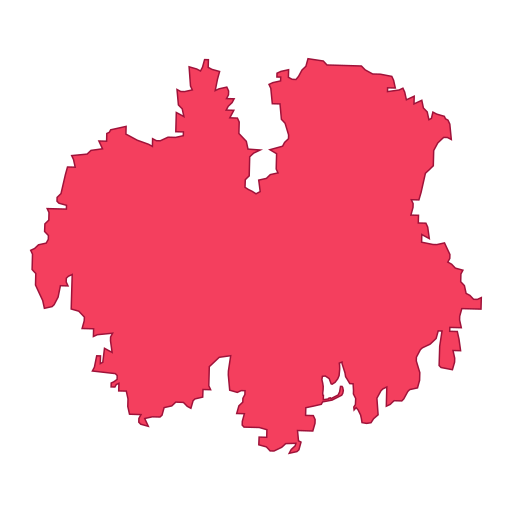 the district of Utsira nor, Norway
{"feature_id": "86288312B95647148503835", "entity_name": "Utsira nor", "entity_type": "district", "adm_level": 2, "iso_a3": "NOR", "parent_name": "Norway", "parent_adm1": "", "projection": "albers", "projection_center": [4.885, 59.307], "detail": "fine", "context": "isolated", "style": "filled", "palette": "rose", "viewbox_px": 512, "rotation_deg": 0, "n_neighbors": 0, "source": "geoboundaries", "source_scale": "gbopen_adm2", "svg_char_len": 5416}
<svg xmlns="http://www.w3.org/2000/svg" viewBox="0 0 512 512"><path d="M208.2,67.4L208.4,59.7L204.6,59.6L202.5,67.2L200.5,71.0L196.7,69.0L189.1,66.8L190.5,86.0L192.3,89.9L184.6,91.6L180.7,91.5L177.0,89.5L178.4,104.9L180.3,106.9L182.2,108.8L183.9,116.6L180.1,114.5L176.3,112.5L175.8,131.7L183.4,131.9L183.3,135.7L175.6,137.4L171.8,137.3L168.0,137.2L160.2,140.8L156.4,140.7L152.6,138.7L152.4,146.4L148.6,144.3L137.2,140.2L129.7,136.1L125.9,134.1L126.1,126.4L118.4,128.1L110.7,129.8L109.3,132.3L106.8,133.5L106.6,141.2L98.9,141.0L100.7,144.9L102.5,148.8L91.0,150.4L87.1,154.1L71.7,155.6L73.5,159.5L75.2,167.2L67.5,167.0L65.4,174.6L61.0,193.6L57.1,197.4L57.0,201.2L58.9,203.2L66.5,205.3L66.4,209.1L47.2,208.6L49.0,212.5L48.8,220.1L44.9,223.9L44.6,231.5L46.5,233.5L48.4,235.5L48.3,239.3L46.2,243.1L38.5,244.8L34.6,248.5L30.7,250.3L32.5,254.2L32.2,265.7L32.1,269.5L33.9,271.5L35.8,273.5L35.6,281.2L35.5,285.0L39.1,292.8L42.7,300.5L44.4,308.3L52.1,306.6L54.1,304.7L58.1,297.1L60.4,285.7L68.0,285.9L66.2,282.0L66.3,278.2L68.3,276.3L72.2,274.5L71.2,309.0L78.8,311.2L80.6,313.1L82.5,315.1L84.4,317.1L84.2,320.9L82.1,328.5L93.6,328.8L93.4,336.5L97.3,334.7L112.6,333.2L110.6,337.0L110.5,340.8L112.1,352.4L108.3,350.4L104.5,348.3L102.8,362.3L100.3,363.6L100.5,355.9L96.7,355.8L94.4,367.2L92.4,371.0L115.3,373.6L117.2,375.5L117.1,379.4L113.8,381.8L111.2,383.0L111.1,386.9L114.9,387.0L116.3,384.5L118.9,383.3L118.7,390.9L126.3,391.1L128.0,398.9L127.9,402.7L127.8,406.5L129.5,414.2L141.0,414.6L138.9,418.4L138.8,422.2L140.7,424.2L148.3,426.3L146.5,422.4L144.7,418.5L152.4,416.8L156.2,416.9L160.0,417.0L162.0,415.2L164.1,407.6L171.8,405.9L173.8,404.0L175.8,402.1L183.4,402.4L185.3,404.3L187.2,406.3L190.9,408.3L193.1,400.7L195.0,398.9L202.7,397.1L203.0,389.5L210.6,389.7L208.8,385.8L209.0,378.1L209.1,374.3L209.3,366.6L211.3,364.8L213.3,362.9L215.2,361.1L217.2,359.2L219.2,357.3L230.7,355.7L228.4,371.0L228.3,374.9L229.7,390.2L237.3,392.4L241.2,390.6L245.0,390.7L244.9,394.5L242.9,398.3L242.8,402.1L238.9,405.8L236.7,413.5L244.4,413.7L242.3,421.3L242.2,425.1L244.0,427.1L251.7,427.3L259.3,427.5L266.9,429.7L266.7,437.3L259.1,437.1L258.8,444.8L266.4,446.9L268.3,448.9L270.1,450.9L274.0,451.0L281.7,447.3L283.7,445.5L285.7,443.6L295.9,443.3L295.2,445.8L291.2,449.5L289.2,453.3L296.9,451.6L298.9,449.8L301.0,442.1L298.5,440.8L297.5,430.5L312.8,431.0L315.0,423.3L315.1,419.5L313.3,415.6L305.6,415.4L305.8,407.7L313.5,406.1L321.3,404.3L322.6,401.9L332.1,400.1L341.7,395.2L342.8,393.2L343.3,390.5L342.7,387.5L342.0,386.4L340.5,386.4L339.6,391.9L338.1,395.0L331.0,398.6L330.3,397.8L328.6,398.3L328.2,399.0L323.3,399.7L323.4,395.4L322.9,395.3L322.7,393.1L323.1,389.7L323.2,386.4L322.7,383.1L321.9,379.6L322.4,376.3L325.3,376.0L329.2,378.6L331.1,383.8L332.1,384.2L335.0,382.4L337.7,378.9L339.1,375.6L339.7,369.1L339.6,365.5L339.3,363.1L342.0,362.1L342.1,363.7L345.0,372.9L345.6,376.7L347.6,379.9L349.8,383.6L353.1,383.8L353.5,390.3L353.4,393.9L355.7,398.5L355.4,404.6L353.8,407.0L354.1,409.9L356.1,407.6L358.1,409.9L360.6,415.0L361.4,418.7L362.0,422.6L366.6,423.4L371.0,422.7L373.6,418.7L378.1,414.8L376.9,398.2L381.0,390.7L383.0,388.8L386.8,387.0L386.3,406.2L390.2,404.4L392.1,402.5L394.1,400.7L397.9,400.8L401.8,400.9L403.7,399.0L407.8,391.5L409.7,389.6L417.5,387.9L419.6,380.3L419.8,372.6L416.3,361.0L416.4,357.2L420.4,349.6L422.4,347.8L430.2,344.1L432.1,342.3L434.1,340.4L436.1,338.5L438.2,330.9L442.0,331.0L439.7,346.3L439.1,365.5L441.0,367.5L452.4,369.7L454.6,362.1L454.7,358.2L453.0,350.5L460.6,350.7L459.0,339.2L457.3,331.5L449.7,331.3L449.8,327.4L461.3,327.7L459.6,320.0L459.7,316.2L461.8,308.6L481.0,309.1L481.3,297.6L477.4,299.4L473.6,299.3L469.9,295.4L466.1,293.4L464.4,285.6L460.7,281.7L460.9,274.0L462.9,270.2L455.3,268.1L451.6,264.2L447.8,262.1L449.8,258.4L449.9,254.5L446.3,246.8L444.5,242.9L436.8,244.6L433.0,244.5L421.6,242.2L421.8,234.5L425.6,236.6L429.3,238.6L427.7,227.1L425.9,223.2L418.3,223.0L418.5,215.3L410.9,215.1L413.0,207.4L413.1,203.6L411.3,199.7L418.9,199.9L421.1,192.3L425.4,173.3L427.4,171.4L429.4,169.6L431.3,167.7L433.3,165.8L433.5,158.2L433.7,150.5L437.8,142.9L439.7,141.1L441.7,139.2L443.7,137.4L447.5,137.5L451.3,139.5L449.8,124.1L448.0,120.2L445.5,118.8L444.3,116.3L436.7,114.1L432.9,112.1L431.4,118.4L428.9,119.7L427.2,111.9L423.4,108.0L421.8,100.3L417.9,102.1L414.0,103.9L414.2,96.2L410.3,98.0L406.4,99.8L404.7,92.1L402.9,88.2L399.1,90.0L387.5,91.6L387.6,87.8L395.3,88.0L393.6,80.3L391.8,76.4L380.4,74.2L376.5,74.1L372.7,74.0L365.2,69.9L361.4,66.0L334.7,65.2L327.0,65.0L323.3,61.0L308.0,58.7L305.9,66.3L302.0,70.0L298.6,76.3L296.0,79.5L292.1,79.3L288.4,77.3L288.6,69.7L280.9,71.4L277.0,73.2L276.9,77.0L280.7,77.1L280.6,80.9L272.9,82.6L269.0,84.4L270.8,88.3L272.3,103.7L280.0,103.9L281.4,119.3L283.3,121.3L285.1,123.3L288.6,134.9L288.5,138.7L284.6,142.4L282.6,146.2L269.9,149.7L276.6,153.7L276.5,157.5L276.2,169.0L278.0,172.9L270.3,174.6L266.4,178.4L258.7,180.1L259.0,182.2L260.2,191.6L256.0,193.8L252.1,191.3L248.4,189.5L245.0,187.3L245.3,179.7L247.2,177.8L249.2,175.9L249.3,172.1L249.4,168.3L249.5,164.5L249.7,156.8L251.7,154.9L253.7,153.1L260.2,150.0L248.0,149.1L246.3,141.3L242.6,137.4L238.9,133.5L239.1,125.8L239.2,122.0L237.4,118.1L229.8,117.8L231.8,114.1L233.8,110.3L226.2,110.1L228.2,106.3L230.2,104.4L232.1,102.6L234.1,98.8L226.5,98.6L228.5,94.8L228.6,91.0L226.8,87.1L219.1,88.8L215.2,90.6L217.5,79.1L219.6,71.5L212.0,69.4L208.2,67.4Z" fill="#f43f5e" stroke="#9f1239" stroke-width="1.5"/></svg>